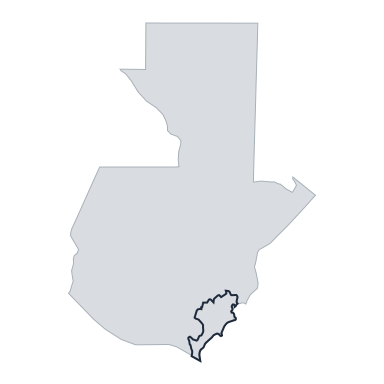 where Jutiapa sits in Guatemala
{"feature_id": "GTM-1962", "entity_name": "Jutiapa", "entity_type": "Department", "adm_level": 1, "iso_a3": "GTM", "parent_name": "Guatemala", "parent_adm1": "", "projection": "equal_earth", "projection_center": [-89.89, 14.155], "detail": "medium", "context": "in_parent", "style": "outline", "palette": "slate", "viewbox_px": 384, "rotation_deg": 0, "n_neighbors": 0, "source": "natural_earth", "source_scale": "10m", "svg_char_len": 3331}
<svg xmlns="http://www.w3.org/2000/svg" viewBox="0 0 384 384"><path d="M68.5,293.3L70.1,291.2L71.5,286.3L73.2,281.3L72.2,275.4L71.6,270.7L73.5,263.8L73.4,258.7L74.3,255.5L77.1,253.4L78.6,249.5L70.6,235.9L70.7,232.9L71.7,229.0L78.3,214.6L86.0,197.4L94.5,178.4L99.7,167.0L118.3,167.0L130.6,167.0L146.2,167.0L163.2,167.0L174.4,167.0L179.0,166.8L178.2,159.4L178.8,151.2L180.8,143.8L180.8,140.5L177.5,136.5L171.1,134.2L167.5,130.6L167.5,126.2L165.9,120.7L162.8,114.4L156.4,107.8L146.6,101.2L138.3,92.2L131.4,81.0L125.6,73.8L121.1,70.8L120.1,69.2L133.2,69.3L145.6,69.5L145.7,53.4L145.8,39.1L145.9,23.0L168.4,23.1L195.2,23.1L223.1,23.1L245.0,23.2L257.8,23.2L257.3,43.1L256.6,66.3L256.1,83.3L255.5,106.0L254.8,129.3L253.9,161.0L253.4,181.6L253.6,182.1L261.0,181.1L271.8,182.0L274.5,181.9L277.8,183.7L280.4,184.2L285.9,188.8L292.4,192.4L296.5,185.3L294.3,181.0L292.7,178.9L292.9,177.0L315.5,195.3L312.8,198.1L307.1,204.6L296.8,215.8L287.5,225.8L278.5,234.8L270.5,243.0L269.5,243.8L259.3,249.6L257.6,252.3L255.4,263.9L254.4,266.7L256.2,273.2L258.1,283.1L257.5,288.2L250.4,294.6L247.2,300.4L245.8,304.1L244.5,303.1L242.3,302.8L237.2,304.3L234.8,304.6L232.7,306.2L232.5,309.8L233.9,315.6L234.4,318.6L233.0,320.0L226.7,323.5L224.3,326.9L221.9,332.2L219.2,334.5L216.3,334.1L214.3,334.8L210.0,338.9L203.4,346.6L200.0,352.4L199.9,356.7L200.5,360.5L176.8,346.9L168.9,344.5L135.6,344.8L121.3,339.5L105.1,329.1L94.1,319.7L68.5,293.3Z" fill="#d9dde1" stroke="#a8b0b8" stroke-width="1"/><path d="M221.6,333.7L222.0,335.0L222.0,335.5L221.1,336.1L220.2,335.7L218.6,334.0L217.5,333.6L216.6,333.7L213.8,335.1L213.2,335.7L211.9,337.4L205.9,342.8L205.0,343.9L204.5,345.0L204.1,346.2L203.5,347.4L202.7,348.2L201.0,349.4L200.3,350.4L199.8,351.6L199.5,352.9L199.3,354.3L199.4,355.6L200.3,361.0L191.6,356.2L192.2,353.0L192.2,351.5L192.2,351.1L192.1,350.7L191.3,348.8L190.7,345.9L190.5,345.2L190.3,344.8L189.8,344.5L189.7,344.2L189.2,340.7L189.1,340.4L188.6,339.6L188.4,339.0L188.3,338.3L188.5,337.5L188.9,337.2L190.0,336.7L191.7,338.1L192.9,339.4L193.2,339.5L195.7,340.3L196.3,340.6L196.7,340.6L197.7,339.7L199.1,336.4L199.6,335.9L201.3,335.4L201.7,334.9L202.7,332.9L203.1,331.9L203.2,331.2L203.3,330.7L203.0,327.2L203.1,325.4L202.8,324.5L201.3,322.6L199.4,320.5L198.7,319.7L198.4,319.5L195.5,318.5L194.6,317.6L196.8,310.5L197.8,309.4L199.9,308.9L200.6,308.9L201.2,309.2L201.4,309.2L201.4,308.9L201.2,307.3L202.1,307.2L203.2,302.6L207.1,302.6L208.9,299.7L209.3,299.4L210.0,299.3L210.4,299.4L210.8,299.6L213.5,302.4L213.8,299.5L214.4,298.5L217.8,295.5L219.0,295.1L219.4,295.2L220.3,296.3L221.1,297.1L224.9,294.6L226.3,293.6L226.3,293.3L226.3,292.5L225.8,290.7L228.3,291.0L229.1,291.4L229.2,291.5L229.7,292.1L230.0,292.8L230.3,293.6L231.0,294.9L231.2,295.1L231.5,295.2L236.1,295.0L236.5,295.1L237.3,296.4L237.5,297.0L237.4,297.8L236.8,300.2L236.6,301.6L236.6,301.9L236.7,302.2L237.5,303.5L237.1,303.7L235.6,306.2L234.7,306.9L234.6,305.4L233.9,304.5L233.0,304.4L232.1,305.3L231.7,306.6L232.0,307.5L232.4,308.3L232.6,309.3L232.2,310.1L231.6,310.7L231.2,311.4L231.6,312.6L232.9,312.8L233.3,313.0L233.7,313.5L233.9,313.8L234.2,314.7L234.3,315.1L234.4,316.3L234.5,316.9L234.8,317.2L235.6,317.7L235.8,318.1L235.8,319.4L235.4,319.9L228.8,322.0L227.1,322.9L225.6,324.5L224.3,326.3L221.7,332.4L221.5,333.1L221.6,333.7Z" fill="none" stroke="#1e293b" stroke-width="2"/></svg>